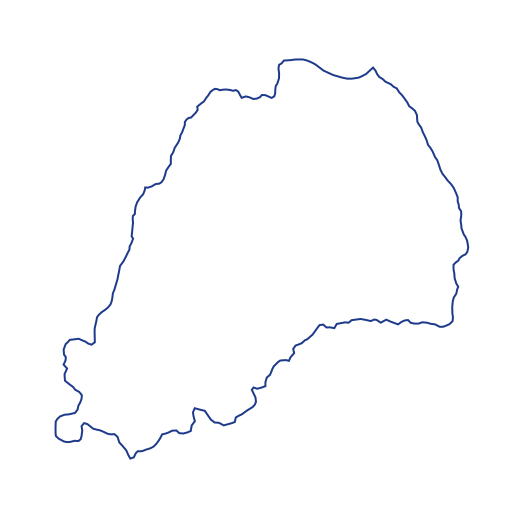 Mirante do Paranapanema, São Paulo, Brazil (Robinson projection), rotated 176°
{"feature_id": "56859067B9133941340903", "entity_name": "Mirante do Paranapanema", "entity_type": "district", "adm_level": 2, "iso_a3": "BRA", "parent_name": "Brazil", "parent_adm1": "São Paulo", "projection": "robinson", "projection_center": [-51.978, -22.346], "detail": "fine", "context": "isolated", "style": "outline", "palette": "blue", "viewbox_px": 512, "rotation_deg": 176, "n_neighbors": 0, "source": "geoboundaries", "source_scale": "gbopen_adm2", "svg_char_len": 4343}
<svg xmlns="http://www.w3.org/2000/svg" viewBox="0 0 512 512"><g transform="rotate(176 256 256)"><path d="M62.8,197.3L61.5,200.9L58.8,204.5L57.7,208.5L56.4,211.3L58.1,214.5L59.4,220.1L59.4,225.0L59.9,229.0L59.6,233.4L57.6,235.3L54.5,237.3L53.1,239.6L50.0,241.8L46.9,243.0L45.0,245.2L43.7,249.6L44.0,253.8L44.4,256.8L45.7,260.4L47.3,263.2L48.1,266.0L49.1,269.4L49.1,272.5L49.5,277.2L48.5,281.6L48.2,286.2L50.1,289.6L50.2,293.0L51.0,296.5L50.7,300.4L52.0,304.7L54.0,310.1L56.4,314.1L59.6,318.0L61.5,321.1L64.2,324.9L66.0,329.2L67.2,334.2L68.5,338.9L70.5,342.2L72.5,347.9L74.5,351.8L76.7,355.0L77.6,359.2L78.9,362.9L81.1,368.3L82.2,372.4L84.0,375.3L85.6,378.4L85.7,381.3L85.6,385.3L87.3,389.7L89.7,392.2L92.7,394.7L94.4,398.7L97.2,403.3L99.1,406.2L101.8,409.4L103.9,413.4L106.8,415.1L109.5,417.9L112.3,419.5L114.8,420.9L117.3,423.7L120.6,426.0L122.6,429.2L123.7,432.3L126.1,435.8L133.6,429.8L138.0,427.9L141.4,426.7L148.2,426.2L152.5,426.5L157.8,428.0L166.3,431.1L175.5,436.1L183.7,443.2L187.7,445.6L191.8,447.6L195.2,448.7L197.9,449.0L203.8,449.3L206.9,449.0L214.6,449.0L217.0,446.4L219.6,445.1L220.5,441.6L220.2,436.4L220.7,431.5L222.7,426.5L224.4,424.2L225.1,421.0L225.6,416.5L226.7,414.0L229.4,412.6L232.4,414.2L235.4,415.8L238.9,416.2L240.9,414.2L244.1,413.0L247.6,412.8L252.0,415.0L255.2,415.9L259.3,414.8L260.8,417.9L262.2,421.2L264.4,422.9L267.3,422.4L270.6,423.5L274.3,424.2L277.6,424.2L280.5,423.9L282.8,425.1L285.3,425.6L287.7,424.5L290.0,422.9L292.4,419.6L294.8,417.0L297.1,413.9L300.5,411.7L304.2,409.1L304.0,405.8L306.3,402.9L308.3,401.2L311.0,398.7L313.6,398.4L315.8,396.9L317.6,394.7L317.9,391.4L319.5,388.1L321.1,384.5L323.1,381.4L323.8,378.3L325.6,374.8L328.0,371.6L329.6,369.5L330.7,366.7L332.0,364.2L333.8,362.0L334.3,357.7L334.5,353.9L336.9,351.1L339.7,347.5L341.0,343.3L342.8,339.1L345.0,336.3L347.2,335.0L351.3,334.7L355.2,332.7L359.1,331.7L361.7,332.1L362.4,329.4L364.3,325.4L367.5,322.4L370.8,317.9L372.6,313.8L373.6,309.3L373.9,306.4L376.0,304.6L376.4,301.7L376.4,297.4L377.2,293.0L377.9,288.5L378.7,284.4L377.4,281.9L379.3,277.7L381.4,274.3L381.8,271.2L383.9,267.9L385.6,264.8L388.6,259.9L392.3,255.6L393.9,249.5L394.9,246.0L395.7,242.8L399.4,232.8L401.4,228.6L402.4,223.5L403.3,220.5L404.5,217.9L407.2,215.0L410.6,212.6L413.9,210.7L417.0,208.2L418.9,205.9L419.8,202.2L421.1,198.0L422.0,194.9L422.3,191.6L422.8,181.2L426.2,179.0L429.6,180.4L432.3,182.6L435.1,183.9L438.6,185.8L447.6,185.3L449.5,183.4L452.0,181.4L454.4,176.1L454.4,171.1L452.8,168.5L453.2,165.3L455.5,161.0L452.3,157.0L453.6,154.5L455.2,151.6L455.3,148.0L455.2,144.9L451.1,141.1L447.5,138.0L445.8,135.3L441.8,132.7L439.4,129.2L440.0,125.7L441.4,122.5L443.7,118.8L444.7,115.3L447.4,112.1L453.4,111.1L458.2,111.0L462.7,109.6L465.5,107.3L467.3,104.9L467.9,99.5L468.3,93.3L468.2,90.4L465.4,87.4L460.4,84.3L457.1,83.5L454.3,83.5L450.0,84.3L446.1,83.8L443.7,85.4L442.5,88.9L441.5,94.1L441.9,98.4L439.1,101.3L435.8,100.0L433.0,97.4L430.6,95.2L427.7,94.1L424.1,93.1L420.6,91.4L416.4,89.0L413.4,88.2L409.7,88.2L406.7,85.2L405.4,79.6L402.2,75.6L399.0,71.2L397.1,66.0L395.5,62.7L391.9,63.7L389.6,67.8L387.4,69.5L384.6,69.2L382.1,69.6L379.3,70.5L374.9,71.5L371.5,73.0L368.4,75.7L365.9,78.7L364.1,81.2L362.1,84.6L358.3,85.2L355.4,86.1L351.8,87.6L347.6,87.5L344.9,84.6L340.7,84.0L336.4,84.9L333.3,86.0L332.0,91.4L328.5,95.5L329.5,100.7L329.8,104.4L327.7,108.4L323.4,106.9L317.8,105.1L315.7,101.4L312.4,95.9L308.9,92.8L304.6,92.2L300.0,89.3L292.9,90.7L288.8,91.8L287.4,96.3L284.7,97.7L281.1,99.1L275.7,102.5L270.0,105.5L267.7,107.6L266.2,110.5L266.4,115.0L269.5,122.8L267.6,125.0L264.1,123.5L259.4,124.4L255.7,125.5L255.4,129.5L253.7,134.0L250.2,136.6L247.5,142.2L246.0,144.7L241.5,148.6L239.2,150.0L236.2,150.1L233.0,150.0L230.5,149.1L228.5,152.7L224.7,156.5L225.4,160.6L222.8,163.9L219.6,164.8L216.5,165.8L213.1,168.5L210.6,169.4L205.0,173.7L200.7,178.9L197.5,182.6L193.8,182.9L190.7,179.8L187.4,179.7L182.9,178.6L180.2,182.6L171.7,183.6L168.3,183.0L165.1,185.3L159.1,185.7L156.2,185.9L151.7,184.8L146.1,183.1L142.3,184.4L139.8,183.6L136.2,180.8L130.5,183.4L126.0,181.0L119.1,177.9L115.1,180.3L111.7,181.4L108.8,181.5L106.4,178.6L103.0,177.6L98.6,177.2L94.7,178.3L89.9,177.5L86.6,176.2L82.1,175.3L79.9,173.9L77.5,172.5L74.0,172.4L70.8,173.4L67.8,174.5L64.5,177.2L63.8,181.0L64.1,185.6L63.8,191.5L62.8,197.3Z" fill="none" stroke="#1e3a8a" stroke-width="2"/></g></svg>